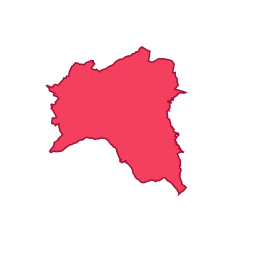 Sona, Alba, Romania (Robinson projection), rotated 322°
{"feature_id": "2599482B71316562161476", "entity_name": "Sona", "entity_type": "district", "adm_level": 2, "iso_a3": "ROU", "parent_name": "Romania", "parent_adm1": "Alba", "projection": "robinson", "projection_center": [24.009, 46.242], "detail": "fine", "context": "isolated", "style": "filled", "palette": "rose", "viewbox_px": 256, "rotation_deg": 322, "n_neighbors": 0, "source": "geoboundaries", "source_scale": "gbopen_adm2", "svg_char_len": 5819}
<svg xmlns="http://www.w3.org/2000/svg" viewBox="0 0 256 256"><g transform="rotate(322 128 128)"><path d="M137.1,210.7L137.1,209.1L136.9,208.2L136.3,207.5L136.2,206.5L135.8,205.4L136.2,205.2L137.3,203.1L137.5,201.4L137.7,200.8L138.3,200.0L138.2,199.0L138.8,198.3L138.8,198.1L139.3,197.9L139.9,197.2L139.7,196.9L139.9,196.7L139.9,196.4L140.4,196.1L140.7,196.2L141.1,195.5L141.5,195.3L142.1,195.1L142.3,194.5L143.2,194.3L143.8,194.0L144.4,192.4L144.2,191.7L144.4,190.4L145.0,190.1L145.3,190.3L145.9,190.2L146.6,189.0L148.7,186.7L149.4,185.4L149.3,183.6L150.3,181.1L150.7,178.7L152.5,178.8L155.4,179.6L156.2,181.1L156.9,181.0L156.2,179.6L156.4,179.3L156.4,179.0L155.9,178.8L155.5,178.4L155.8,178.2L155.7,177.6L156.4,177.4L156.5,177.2L156.3,177.2L155.6,176.3L156.2,176.0L155.8,175.6L156.5,175.5L156.6,174.9L156.4,174.4L157.0,174.1L157.1,172.2L156.1,171.6L155.8,170.9L156.6,170.8L157.1,170.2L157.1,169.6L156.6,169.0L157.3,168.9L157.6,168.6L157.5,167.6L157.2,167.1L157.5,167.0L157.6,166.1L159.6,165.8L161.2,165.1L160.1,163.8L159.6,163.3L161.9,162.2L162.6,163.5L163.0,165.0L163.7,164.7L163.9,163.8L164.4,163.7L164.4,163.3L164.3,162.9L163.9,162.8L163.1,161.5L162.9,161.5L162.6,161.0L162.8,160.9L162.7,160.6L161.9,159.7L161.8,158.6L161.9,158.3L162.7,158.0L162.8,157.7L163.3,157.6L163.2,156.1L163.4,156.1L163.5,153.7L163.0,153.5L163.2,152.3L163.7,151.8L164.4,150.5L164.7,150.3L164.7,150.1L164.3,149.8L165.8,147.5L165.6,147.4L165.6,147.1L165.8,145.4L165.3,144.1L167.0,142.3L168.6,139.4L168.6,138.9L170.1,138.9L170.6,139.1L171.1,139.7L171.4,138.2L173.1,138.2L173.1,137.7L173.8,137.4L174.4,136.9L174.8,136.3L175.6,134.5L177.7,134.7L177.7,134.4L177.1,133.7L176.7,133.0L175.4,131.8L176.2,131.3L176.6,131.4L177.3,132.2L177.9,132.8L179.3,133.3L179.9,133.1L180.2,133.2L180.5,133.6L180.8,133.7L181.2,133.5L181.8,132.9L181.6,132.6L181.0,132.7L180.3,132.6L180.0,132.3L179.9,131.8L183.2,132.2L186.1,132.5L186.2,132.1L187.8,132.3L188.6,132.1L188.6,131.8L189.5,131.8L190.1,132.1L190.7,132.7L192.5,133.3L192.9,134.4L193.4,134.9L195.4,135.6L195.2,135.2L194.7,134.8L194.3,133.8L188.8,126.1L193.7,125.3L193.9,125.1L193.9,124.9L194.6,123.4L194.7,122.9L195.5,121.3L195.8,121.1L195.9,120.8L196.2,120.5L196.7,120.1L197.3,118.2L196.9,117.5L197.1,116.7L198.8,114.0L199.4,113.3L197.2,112.0L198.5,110.7L203.5,106.2L203.7,105.9L203.8,104.3L204.0,103.1L203.8,102.1L203.4,101.2L202.0,99.3L198.8,95.5L197.0,94.2L195.4,92.7L195.1,92.5L194.9,92.2L194.0,92.1L193.3,92.2L192.7,92.0L192.1,92.1L190.7,91.9L190.1,91.5L189.2,91.4L188.6,91.3L187.9,91.5L187.0,90.4L185.3,87.7L189.6,84.0L190.8,82.4L192.6,81.1L191.9,80.1L191.4,79.0L190.8,78.3L189.9,75.3L189.5,74.5L189.0,72.7L188.2,72.8L186.9,72.5L184.8,73.1L183.9,73.9L183.5,74.0L182.9,74.0L181.1,72.9L179.4,73.3L178.6,73.2L177.9,72.8L177.4,72.3L176.3,72.5L175.4,72.4L174.3,72.6L173.9,72.6L173.5,72.4L173.0,71.6L172.5,71.2L171.5,71.1L169.9,70.4L166.8,70.4L166.3,70.3L164.0,69.0L161.3,68.3L158.0,68.3L156.1,68.9L155.3,68.8L153.5,68.6L151.7,68.0L151.1,68.0L150.7,67.8L150.0,67.9L149.5,67.8L148.4,67.8L146.4,67.6L144.9,66.8L143.0,66.4L142.0,65.8L141.3,66.0L140.3,66.4L139.6,63.6L139.2,62.3L138.5,62.6L136.8,60.6L135.9,59.1L135.9,58.1L141.2,56.9L141.1,55.1L140.5,54.6L142.0,53.9L142.0,53.4L141.4,52.9L140.6,52.6L140.2,52.2L139.3,52.1L138.7,51.9L138.3,51.6L136.9,51.4L136.1,50.9L134.4,50.7L132.4,51.3L131.5,49.9L130.8,49.3L129.6,48.4L128.9,48.3L128.7,46.7L127.1,44.5L126.0,44.4L124.9,44.7L124.1,44.7L123.3,45.1L121.9,44.9L120.9,45.3L119.8,45.8L119.2,46.5L118.1,46.6L117.5,46.9L116.9,47.5L116.1,47.8L113.1,50.8L111.5,49.3L109.7,50.6L108.1,49.0L107.2,49.9L103.5,50.4L99.0,51.3L97.8,49.1L96.7,48.7L96.1,48.6L95.4,48.8L94.1,48.9L93.8,49.1L93.4,49.2L92.7,48.9L92.2,48.2L92.1,47.5L90.7,45.3L90.4,44.6L90.1,44.5L90.0,46.2L90.4,47.6L90.2,48.2L89.8,48.9L89.3,50.3L89.4,51.1L91.7,55.4L89.6,56.0L89.8,56.8L89.6,57.1L90.0,57.4L90.8,58.6L91.0,58.5L91.2,58.8L91.6,61.4L91.6,62.1L86.6,62.9L86.4,63.2L86.3,64.0L84.2,64.3L82.3,62.8L83.2,61.9L82.1,62.7L81.6,62.5L81.5,63.6L80.8,64.1L81.0,65.0L79.6,65.2L79.7,67.2L79.6,68.2L78.8,73.4L78.0,75.7L76.0,74.8L74.5,73.6L70.7,77.5L72.0,79.0L72.7,81.1L72.2,81.5L72.4,81.6L73.9,81.4L76.2,82.4L75.3,83.1L74.2,84.8L72.7,88.3L72.5,89.1L72.3,93.1L66.4,93.6L66.4,94.4L63.4,94.3L60.8,94.0L60.2,95.1L59.1,95.6L58.4,96.4L54.4,97.3L52.2,98.1L52.3,98.2L52.0,99.8L55.6,100.8L55.7,101.2L56.8,102.4L57.9,103.0L58.0,103.3L61.9,105.4L65.7,105.3L67.0,105.1L67.4,105.3L67.7,105.1L67.9,105.3L69.0,105.1L71.2,105.4L71.6,105.7L74.2,106.5L77.4,107.1L77.5,107.5L78.5,107.9L78.9,107.9L79.2,107.8L81.9,107.8L84.5,109.0L84.8,109.3L85.2,109.5L88.0,109.3L88.8,109.6L90.4,110.7L90.7,111.0L90.8,111.4L92.5,113.4L93.3,113.5L93.5,113.7L93.8,114.2L94.4,115.8L95.0,116.4L97.0,117.5L97.4,118.0L97.8,117.9L98.5,118.4L101.8,120.0L102.3,121.0L104.1,122.7L104.2,124.0L104.8,126.6L104.5,127.3L104.5,128.6L104.6,130.0L104.4,130.2L104.6,131.1L104.9,131.5L105.1,132.2L105.3,133.7L104.9,133.8L105.3,134.4L105.2,134.5L106.0,135.4L105.8,137.5L105.6,138.9L104.8,139.3L102.4,147.7L102.8,147.7L103.2,148.1L103.2,148.6L103.1,148.8L102.4,148.6L101.1,149.1L101.1,149.4L101.7,149.9L101.5,150.8L101.5,151.1L101.8,151.4L102.2,151.7L103.5,151.9L104.5,152.4L105.6,152.2L105.9,152.8L105.1,152.8L105.1,154.1L106.1,157.0L106.1,161.4L105.9,163.1L105.3,164.6L104.6,165.5L104.3,166.8L104.2,168.8L103.7,170.4L103.5,172.7L103.6,173.3L104.1,173.9L104.6,175.7L104.8,177.7L105.3,179.4L106.4,180.5L107.2,181.0L108.7,181.5L111.0,182.1L112.0,182.6L113.6,183.0L114.4,183.5L115.1,184.2L116.0,184.7L116.4,186.0L116.4,186.6L117.2,187.4L118.1,187.3L119.1,187.6L120.2,188.7L123.2,189.0L124.4,188.8L125.1,188.9L126.5,189.9L126.7,191.2L126.6,193.0L126.8,194.1L127.8,196.2L128.4,198.3L128.3,198.9L128.4,200.8L128.3,201.8L128.8,207.0L128.3,207.9L128.1,210.5L127.7,211.2L127.3,211.5L130.1,211.3L133.1,211.6L137.1,210.7Z" fill="#f43f5e" stroke="#9f1239" stroke-width="1.5"/></g></svg>